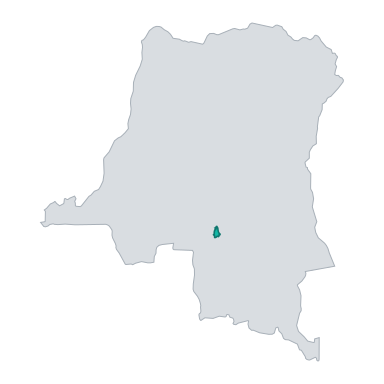 Miabi, Kasaï-Oriental, Democratic Republic of the Congo (highlighted)
{"feature_id": "63176286B13611321695248", "entity_name": "Miabi", "entity_type": "district", "adm_level": 2, "iso_a3": "COD", "parent_name": "Democratic Republic of the Congo", "parent_adm1": "Kasaï-Oriental", "projection": "robinson", "projection_center": [23.286, -6.293], "detail": "fine", "context": "in_parent", "style": "filled", "palette": "teal", "viewbox_px": 384, "rotation_deg": 0, "n_neighbors": 0, "source": "geoboundaries", "source_scale": "gbopen_adm2", "svg_char_len": 5562}
<svg xmlns="http://www.w3.org/2000/svg" viewBox="0 0 384 384"><path d="M334.7,266.2L305.3,271.5L305.9,273.4L305.6,275.4L304.9,276.9L301.9,281.0L297.4,284.8L297.4,285.7L299.6,289.9L301.0,295.7L300.6,305.9L301.2,308.7L301.1,310.8L299.6,313.2L296.6,325.5L298.5,331.4L304.3,337.0L307.7,341.1L313.4,342.5L314.3,342.3L314.7,338.9L319.2,337.6L319.1,359.4L318.8,360.7L317.9,361.0L316.8,360.2L316.5,358.2L315.3,357.3L309.7,360.0L308.3,359.9L306.8,359.4L305.6,358.3L305.3,356.7L301.4,350.3L299.5,349.8L297.4,344.1L288.6,339.9L285.2,339.6L283.5,338.3L281.8,333.8L278.9,330.9L278.2,327.7L277.6,327.2L275.8,327.9L274.3,333.0L272.3,334.2L268.7,334.3L259.7,332.8L253.3,330.2L251.6,330.3L249.0,328.0L248.0,324.1L248.6,321.0L248.1,320.6L238.3,323.1L235.9,324.7L233.7,324.3L233.0,323.5L234.0,321.4L233.5,319.1L232.8,318.1L229.9,317.2L228.9,314.8L227.2,314.5L226.6,314.8L226.1,316.5L225.1,317.0L219.2,316.2L213.1,318.4L204.9,317.8L201.0,320.4L200.5,320.3L199.6,319.0L198.9,314.8L199.3,313.7L200.5,312.9L200.9,311.2L200.5,306.9L200.8,305.9L200.4,303.4L199.2,299.5L197.5,296.3L193.8,291.5L193.1,289.2L193.3,283.8L194.5,275.2L194.4,268.9L192.9,264.8L192.5,260.3L193.5,252.3L192.5,250.4L173.9,249.7L173.1,249.1L172.8,248.0L173.6,243.3L162.3,244.5L158.9,245.4L156.8,247.3L156.1,249.8L156.0,253.2L154.3,256.5L153.9,262.2L150.7,262.8L147.6,262.8L141.5,261.6L135.6,263.2L132.7,264.7L131.2,264.0L125.9,264.5L125.2,264.1L119.2,253.1L116.5,249.4L115.9,247.6L116.1,245.9L115.4,243.6L112.6,237.9L112.0,235.2L112.2,231.1L111.8,229.7L109.3,226.1L107.6,224.9L105.7,224.3L75.3,224.8L65.2,224.1L57.9,224.6L54.2,224.3L53.2,223.8L49.8,224.5L48.0,226.0L45.4,226.8L43.8,226.5L40.6,222.4L44.9,221.7L45.2,221.3L45.4,211.4L44.3,210.0L46.6,208.3L50.3,204.0L53.9,202.4L54.4,201.6L55.2,201.6L56.5,203.4L59.6,205.8L63.5,203.7L63.9,203.1L64.4,198.9L65.3,198.5L67.0,199.5L67.9,199.5L69.6,198.2L74.6,196.1L76.0,198.8L74.7,201.3L75.3,203.0L75.4,205.7L76.2,206.3L80.1,206.6L81.3,206.0L89.0,196.3L91.0,195.1L94.3,191.3L98.6,189.5L100.5,186.5L103.0,181.1L104.1,173.3L103.6,159.7L104.0,157.9L109.2,151.8L114.5,140.8L118.2,137.9L120.9,136.7L125.1,132.7L128.4,128.6L127.9,123.7L128.7,119.6L130.5,114.5L131.1,109.0L130.5,103.3L130.8,98.6L133.3,91.1L133.5,82.4L135.7,75.2L140.2,66.0L142.3,59.2L141.9,52.5L142.5,47.5L142.3,44.6L141.4,42.0L141.9,40.4L143.5,39.8L145.6,37.2L149.4,30.6L153.5,27.4L156.3,26.4L159.2,26.5L161.1,27.1L164.2,29.7L167.8,31.7L170.5,34.3L173.1,38.3L179.4,39.2L182.1,40.7L183.7,41.2L184.3,40.8L185.6,41.1L188.6,42.3L191.0,41.6L202.7,44.2L204.0,42.9L207.3,36.0L209.7,33.6L213.7,33.4L216.8,34.7L218.5,34.7L232.8,28.8L234.7,28.5L239.9,29.9L243.3,29.0L244.7,29.2L247.6,28.2L250.0,24.1L252.0,23.0L272.6,27.5L275.7,25.3L277.2,25.1L281.8,26.7L283.2,29.2L286.0,31.4L287.9,35.1L291.0,37.1L292.5,39.0L294.3,40.4L298.1,40.8L302.8,37.6L306.2,37.9L309.6,39.7L310.8,39.6L313.3,37.7L314.6,35.7L315.9,35.2L317.9,36.1L319.6,38.0L321.0,40.8L326.2,47.0L331.2,49.6L332.4,53.4L334.2,53.1L335.1,53.4L336.4,55.8L337.3,56.3L337.5,57.3L336.3,59.6L335.1,63.9L336.6,66.6L335.4,70.5L334.7,74.5L336.3,75.5L338.4,75.4L340.3,77.5L341.8,77.8L343.4,80.0L343.1,81.9L338.1,88.4L330.8,96.4L328.3,97.4L327.0,98.8L326.1,101.2L323.9,103.1L322.3,103.9L322.1,109.7L319.7,115.7L318.7,116.9L317.4,126.6L317.6,128.3L316.2,136.3L316.4,143.7L312.8,146.0L310.4,149.7L309.3,152.2L309.3,158.2L305.3,161.9L305.0,162.8L306.0,167.0L307.5,167.7L307.5,169.1L310.8,173.7L310.6,187.7L310.7,189.1L312.5,192.4L313.6,198.8L312.3,206.9L316.8,221.7L314.7,227.2L315.7,232.4L318.3,237.8L324.6,243.2L326.3,245.4L327.9,248.4L329.3,253.0L334.7,266.2Z" fill="#d9dde1" stroke="#a8b0b8" stroke-width="1"/><path d="M214.1,235.0L214.3,235.0L214.3,235.3L214.3,235.5L214.2,235.5L214.3,235.6L214.4,235.8L214.5,235.8L214.5,236.0L214.6,236.3L214.5,236.5L214.6,236.8L214.6,237.1L214.6,237.3L214.6,237.5L214.8,237.6L215.0,237.6L215.3,237.5L215.5,237.5L215.6,237.4L215.8,237.4L216.0,237.3L216.1,237.2L216.3,237.1L216.5,236.9L216.6,236.7L216.8,236.6L216.9,236.4L217.0,236.4L217.3,236.4L217.6,236.2L217.9,236.4L218.0,236.4L218.1,236.5L218.2,236.3L218.3,236.3L218.6,236.2L218.7,236.3L218.8,236.3L218.9,236.1L219.0,235.8L219.0,235.7L219.0,235.2L219.2,234.9L219.3,234.9L219.3,234.7L219.2,234.4L219.2,234.2L219.3,234.2L219.5,234.2L219.6,234.4L219.6,234.6L219.8,234.8L219.9,234.7L220.0,234.7L220.1,234.4L220.1,234.2L219.9,234.0L219.9,233.9L219.8,233.7L219.6,233.6L219.4,233.4L219.3,233.2L219.1,233.1L219.0,232.9L218.9,232.8L218.8,232.7L218.7,232.6L218.5,232.1L218.4,231.7L218.3,231.3L218.2,231.0L218.2,230.7L218.1,230.4L218.0,230.2L218.0,229.8L218.0,229.7L218.0,229.4L217.9,229.1L217.9,228.8L217.9,228.5L217.8,228.3L217.8,228.2L217.7,228.2L217.5,227.9L217.5,227.7L217.4,227.5L217.4,227.4L217.3,227.1L217.2,226.9L216.9,226.8L216.8,226.6L216.7,226.5L216.7,226.4L216.4,226.4L216.3,226.5L216.3,226.8L216.3,227.0L216.2,227.1L216.1,227.3L215.9,227.3L215.8,227.5L216.0,227.6L215.9,227.7L215.9,227.8L215.8,227.7L215.7,227.7L215.7,227.8L215.8,227.8L215.7,228.0L215.8,228.0L215.7,228.1L215.7,228.3L215.6,228.5L215.5,228.4L215.5,228.2L215.4,228.2L215.5,228.3L215.4,228.3L215.4,228.2L215.2,228.1L215.1,228.3L215.2,228.5L215.3,228.8L215.3,229.0L215.2,229.1L215.1,229.3L215.0,229.5L214.9,229.8L215.0,229.8L214.9,229.9L214.9,230.0L214.9,230.3L214.9,230.5L214.7,230.6L214.5,230.8L214.5,231.0L214.4,231.1L214.5,231.2L214.5,231.3L214.4,231.5L214.4,231.8L214.3,232.1L214.3,232.4L214.3,232.6L214.3,232.8L214.2,232.8L214.2,233.0L214.2,233.3L214.2,233.5L214.1,233.8L214.1,234.0L214.1,234.3L213.9,234.4L214.0,234.5L214.1,234.8L214.1,235.0L214.1,235.0Z" fill="#14b8a6" stroke="#0f766e" stroke-width="1.5"/></svg>